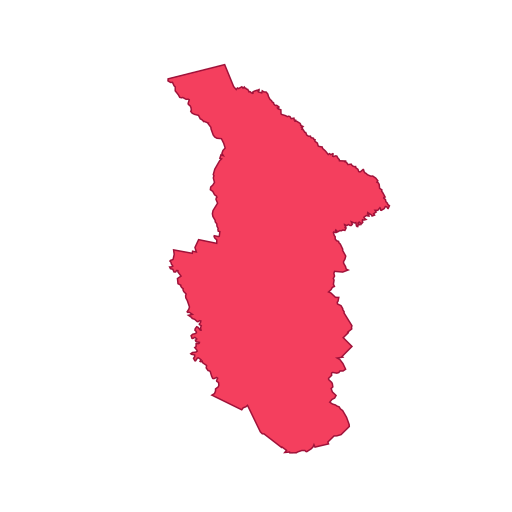 Mount Barker, South Australia, Australia (Equal Earth projection), rotated 309°
{"feature_id": "25037944B83528217861906", "entity_name": "Mount Barker", "entity_type": "district", "adm_level": 2, "iso_a3": "AUS", "parent_name": "Australia", "parent_adm1": "South Australia", "projection": "equal_earth", "projection_center": [138.877, -35.069], "detail": "fine", "context": "isolated", "style": "filled", "palette": "rose", "viewbox_px": 512, "rotation_deg": 309, "n_neighbors": 0, "source": "geoboundaries", "source_scale": "gbopen_adm2", "svg_char_len": 6160}
<svg xmlns="http://www.w3.org/2000/svg" viewBox="0 0 512 512"><g transform="rotate(309 256 256)"><path d="M120.1,309.3L127.5,341.7L130.1,341.6L132.4,343.0L134.6,343.4L122.1,370.0L121.8,372.8L122.8,374.1L123.3,396.3L123.9,396.3L124.2,402.0L121.4,402.0L124.8,405.5L124.3,406.2L128.5,411.2L129.8,411.6L133.7,414.0L135.6,416.4L135.5,417.9L135.9,418.6L140.8,420.2L143.4,420.5L145.8,419.8L144.6,422.1L155.6,430.6L156.7,428.9L165.3,429.9L167.1,432.0L170.7,434.5L182.2,435.8L183.7,434.4L187.6,427.9L190.4,420.6L190.3,417.8L191.1,415.5L190.4,413.6L190.2,411.4L189.1,408.6L188.8,405.3L192.3,405.3L195.1,406.5L198.0,406.0L198.4,400.9L200.3,397.8L202.6,398.1L204.8,395.7L205.4,394.4L205.7,390.2L206.6,389.4L210.9,389.9L212.2,388.6L213.1,388.5L213.8,388.9L215.8,392.5L217.5,393.7L219.6,393.7L221.4,396.0L224.4,396.9L227.1,391.3L228.3,386.4L227.8,383.3L232.0,387.1L232.1,386.1L246.1,387.5L247.4,375.2L254.4,376.0L254.5,375.2L259.6,376.3L260.4,375.3L262.2,374.4L267.1,360.3L268.1,359.6L269.0,357.0L269.7,356.5L270.9,353.3L270.0,349.6L271.2,348.2L272.5,348.2L275.9,346.4L273.9,343.8L274.4,337.5L273.7,335.0L277.1,335.5L279.7,335.1L281.7,336.1L282.8,333.9L286.4,331.8L287.2,330.2L289.8,329.7L291.5,327.4L293.5,326.7L298.1,333.5L303.1,336.4L302.6,334.3L304.1,332.3L305.6,328.5L306.9,327.5L309.5,327.1L312.4,325.8L314.9,319.7L315.9,319.1L318.3,314.0L318.5,312.0L319.3,311.0L318.6,309.1L319.0,306.9L320.9,305.3L321.1,304.0L323.0,301.3L323.6,301.3L324.5,303.4L325.2,303.7L325.9,301.7L326.5,301.6L326.2,304.3L328.6,305.2L329.1,306.3L330.9,307.2L331.8,309.0L334.5,308.4L334.2,307.3L335.7,306.9L335.8,305.4L336.2,305.0L336.8,307.4L338.6,308.0L338.9,309.9L339.7,310.8L341.3,310.9L342.6,308.5L343.6,311.7L344.8,312.5L342.6,315.1L342.5,316.1L342.9,316.6L344.3,315.7L345.7,317.0L345.7,314.6L346.4,314.5L347.4,314.9L347.3,317.7L349.4,317.8L350.0,316.7L351.2,316.0L351.8,317.2L353.6,318.5L353.5,316.4L354.0,315.5L356.8,316.2L358.1,318.7L359.0,317.8L358.9,316.2L360.1,315.5L360.6,320.1L360.1,321.0L360.5,321.3L362.4,322.4L362.9,320.8L365.8,321.7L366.4,319.7L368.1,321.9L371.5,321.9L371.4,322.6L370.1,324.0L370.4,324.7L373.5,325.8L375.9,325.4L376.5,326.8L375.9,328.4L376.1,328.8L379.0,328.1L379.0,325.8L379.7,325.0L380.0,322.6L381.3,321.2L381.4,318.8L382.0,318.5L383.1,319.2L385.2,314.1L385.3,313.0L386.6,312.2L386.4,309.5L389.2,306.6L389.8,305.0L389.5,303.5L391.1,303.4L391.9,300.0L391.6,296.4L390.3,295.0L389.3,291.4L389.5,289.8L389.2,288.5L389.6,286.8L390.7,285.4L390.7,284.8L387.1,284.1L386.4,283.3L386.3,282.6L387.5,280.7L387.4,278.1L388.2,277.1L387.5,276.5L386.8,274.6L386.9,273.1L387.3,272.2L384.9,269.9L385.8,267.2L385.2,265.7L386.0,265.6L382.5,260.9L383.4,259.9L383.5,258.5L384.5,255.9L383.8,254.7L382.2,253.8L381.8,252.9L383.9,251.6L383.9,251.3L381.9,250.4L381.8,248.7L380.3,248.3L381.3,243.9L381.5,240.0L382.4,238.9L380.7,235.7L380.7,235.0L382.4,232.6L382.2,229.9L382.4,229.3L383.5,228.8L383.0,227.6L383.7,226.5L382.6,224.3L383.4,222.9L382.1,221.4L381.9,219.3L383.3,216.9L382.8,216.0L383.8,213.4L383.4,211.8L384.7,211.7L384.7,210.4L386.2,210.9L385.6,208.5L386.4,207.9L386.8,206.6L386.3,202.7L385.4,201.6L386.4,201.3L385.8,200.1L387.0,198.7L384.9,196.9L385.7,194.7L385.2,193.4L384.0,192.6L383.7,190.7L382.1,186.7L382.3,185.9L385.3,183.3L384.3,180.8L384.5,179.5L385.1,179.8L385.1,180.6L386.3,180.0L386.1,177.2L385.4,176.8L385.1,175.4L385.5,173.8L386.2,173.1L385.9,171.7L386.5,170.3L386.5,168.4L387.7,165.5L389.3,163.2L389.8,160.7L388.5,158.9L388.3,156.9L386.4,157.8L385.0,154.6L385.1,154.2L387.0,154.0L387.3,153.6L385.8,153.1L385.7,152.6L383.0,150.9L381.3,150.3L380.8,151.2L380.3,151.1L379.8,149.4L380.0,148.1L379.7,147.4L379.2,147.3L380.3,144.7L379.7,143.6L380.0,142.4L379.5,141.9L380.0,140.5L378.3,140.3L378.6,138.5L375.2,137.1L374.9,135.8L372.9,135.9L373.6,132.0L385.0,111.2L338.4,76.2L336.7,77.4L337.1,80.4L338.4,81.8L336.7,85.3L336.6,86.8L333.5,89.3L332.4,94.2L331.3,96.9L332.1,98.6L333.1,99.3L333.8,103.1L335.2,104.6L335.4,105.8L331.9,107.2L331.2,108.1L331.3,110.2L330.4,112.1L328.6,114.0L327.4,114.2L327.2,114.8L326.8,116.5L327.4,119.1L329.1,122.8L327.5,126.4L327.9,128.0L327.6,130.7L327.9,130.7L329.2,135.0L328.9,134.9L327.6,140.0L326.5,141.0L323.1,146.6L322.5,149.0L322.9,151.5L325.4,155.3L323.3,159.9L320.5,164.1L317.3,163.9L314.3,164.9L313.4,167.4L312.6,165.1L309.2,166.4L309.8,168.1L307.1,167.8L297.6,169.3L292.3,171.6L292.0,172.7L289.8,173.7L287.1,177.4L284.0,177.8L281.1,177.4L278.8,178.8L279.0,181.7L277.5,185.3L277.7,187.6L277.0,188.7L276.0,188.6L274.8,189.3L272.9,192.9L264.3,194.0L261.4,195.5L259.6,197.6L257.9,202.0L256.9,202.8L256.3,205.3L254.6,206.9L253.6,209.2L252.6,209.7L251.5,211.1L252.2,212.6L248.3,215.0L247.4,214.5L245.5,210.8L244.7,211.2L244.0,212.8L243.8,215.4L241.1,217.5L232.6,201.1L224.2,203.2L221.6,207.1L219.8,203.7L218.0,204.8L208.9,188.1L205.8,191.4L201.6,193.5L200.8,193.6L198.8,192.3L197.9,192.3L197.6,194.0L196.6,195.1L195.8,197.7L194.6,197.4L193.1,195.8L192.3,197.5L193.3,199.7L192.0,202.3L193.0,203.6L194.8,203.4L195.5,204.5L194.5,205.3L193.2,210.4L189.1,209.1L185.4,212.8L186.0,216.0L185.4,216.3L184.7,218.0L184.8,220.0L183.8,220.5L182.9,222.2L182.5,225.6L180.8,226.3L179.3,227.8L178.1,230.7L174.5,236.4L172.5,237.2L169.3,237.6L169.2,238.5L170.3,239.6L170.6,243.3L167.4,240.8L167.7,244.7L167.3,245.6L168.2,248.3L168.0,251.7L168.6,252.4L170.2,252.8L170.8,254.0L169.5,254.7L167.3,254.8L167.1,255.4L167.4,257.3L165.1,258.2L163.8,260.0L163.3,259.5L164.1,255.6L163.7,254.4L161.3,254.5L159.9,255.2L159.7,257.1L158.9,258.0L157.4,257.6L155.3,256.0L153.2,255.7L151.7,258.1L152.1,258.8L154.3,259.7L154.3,262.1L153.7,262.4L152.5,261.8L151.9,262.7L151.9,263.8L153.3,266.4L152.6,266.8L151.6,266.4L150.2,264.6L147.8,266.5L146.3,266.0L145.7,269.1L145.1,270.2L143.4,269.7L141.1,267.4L139.0,266.8L139.0,267.7L140.5,270.6L139.2,271.7L137.2,271.8L136.1,274.4L136.5,275.0L139.8,274.7L140.6,275.2L140.8,278.5L138.9,278.8L139.2,279.9L140.4,280.3L139.5,281.8L139.8,286.0L139.7,286.6L137.7,287.7L136.8,290.8L137.5,292.4L137.3,293.3L134.7,297.1L133.6,299.4L134.2,300.5L136.8,301.8L136.9,303.1L134.3,303.8L133.9,304.3L134.1,306.5L132.1,308.5L130.6,309.0L127.2,308.2L125.6,309.5L123.0,310.3L120.1,309.3Z" fill="#f43f5e" stroke="#9f1239" stroke-width="1.5"/></g></svg>